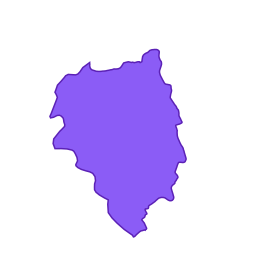 the district of Az-Zabdani, Rif Dimashq, Syria, rotated 132°
{"feature_id": "27442178B59833257068654", "entity_name": "Az-Zabdani", "entity_type": "district", "adm_level": 2, "iso_a3": "SYR", "parent_name": "Syria", "parent_adm1": "Rif Dimashq", "projection": "robinson", "projection_center": [36.084, 33.702], "detail": "fine", "context": "isolated", "style": "filled", "palette": "violet", "viewbox_px": 256, "rotation_deg": 132, "n_neighbors": 0, "source": "geoboundaries", "source_scale": "gbopen_adm2", "svg_char_len": 5450}
<svg xmlns="http://www.w3.org/2000/svg" viewBox="0 0 256 256"><g transform="rotate(132 128 128)"><path d="M192.2,168.4L188.7,164.6L188.2,164.1L184.3,159.2L181.9,154.9L181.5,152.8L182.3,150.2L184.0,146.2L186.2,143.5L190.1,142.3L190.9,141.4L191.0,138.9L190.0,135.0L188.0,130.6L186.2,127.1L185.3,123.9L186.2,120.0L189.0,116.8L191.9,115.4L194.4,113.3L196.3,111.5L196.6,110.5L197.2,108.5L197.1,108.2L196.9,104.5L195.7,98.6L194.6,94.6L198.2,92.0L204.1,86.0L205.5,79.8L206.0,72.7L205.9,63.0L204.7,53.0L205.3,51.1L204.9,50.8L204.7,50.7L203.6,50.4L203.2,50.4L202.9,50.4L202.5,50.4L201.7,50.4L199.8,50.2L198.0,50.0L197.4,49.9L196.8,49.8L196.1,49.6L195.8,49.5L194.7,48.7L193.4,47.9L192.7,47.5L192.7,47.4L192.5,46.8L192.1,46.9L191.6,46.9L191.0,46.7L190.8,46.8L190.4,46.8L190.0,47.1L189.5,48.4L189.3,48.7L189.0,49.4L188.6,50.4L188.0,51.7L187.7,52.4L187.6,53.2L187.3,54.7L187.2,55.3L187.2,55.8L186.8,56.4L186.4,56.5L185.7,56.5L184.6,56.3L183.5,56.0L183.1,56.0L182.7,56.1L182.2,56.4L181.8,56.6L181.3,56.8L181.2,56.9L180.4,56.9L180.0,56.7L179.4,56.5L179.2,56.5L178.9,56.8L178.5,57.7L178.5,57.8L178.2,58.8L177.7,59.9L177.5,60.3L177.0,60.8L176.8,60.9L176.5,60.9L176.3,60.7L176.1,60.5L175.7,60.1L174.8,59.5L174.3,59.2L173.6,59.4L173.4,59.5L172.8,60.0L172.4,60.4L171.7,60.4L171.2,60.4L169.7,59.9L167.8,59.4L167.0,59.3L166.8,59.2L165.8,59.0L165.0,58.9L164.9,58.8L162.0,58.6L161.9,58.5L160.7,58.4L160.0,58.3L159.2,58.0L158.2,57.4L157.1,56.6L155.9,55.1L155.4,54.2L155.2,53.6L155.0,52.3L154.8,50.8L154.7,50.1L154.6,49.7L154.5,49.4L154.2,48.6L154.0,48.2L153.4,47.5L152.7,47.0L152.0,46.7L151.4,46.7L150.7,46.7L149.6,47.1L148.8,47.7L148.0,48.9L146.5,51.3L146.2,51.8L145.2,53.5L144.5,54.6L143.9,55.5L142.9,56.2L142.0,56.5L141.2,56.6L140.0,56.5L139.0,56.3L138.1,56.2L137.8,56.2L137.0,56.8L136.3,57.0L135.5,57.1L134.8,57.1L134.5,57.2L134.1,57.3L133.5,57.5L132.7,57.6L132.3,57.6L131.8,57.7L131.2,57.9L130.8,58.4L130.7,58.6L130.5,59.1L130.3,59.5L130.1,60.5L129.9,62.2L129.7,62.8L129.4,63.4L128.6,63.9L126.5,64.7L126.4,64.8L124.8,65.4L123.5,66.0L122.9,66.3L122.4,66.5L120.8,67.1L120.0,67.2L119.9,67.3L119.4,67.1L119.0,66.8L118.9,66.7L118.5,66.2L118.2,65.9L117.6,65.0L117.2,64.4L116.7,63.9L116.0,63.4L115.2,63.1L114.7,63.1L114.4,63.2L113.8,63.4L113.1,63.6L112.4,63.9L111.7,64.6L111.0,65.7L108.4,70.0L107.7,70.9L107.2,72.0L106.1,73.6L105.5,75.4L105.2,76.9L104.0,80.0L103.5,81.0L103.0,82.1L102.6,83.1L102.2,83.9L101.8,84.6L101.0,85.9L100.1,86.9L98.9,88.1L98.1,88.9L97.5,89.3L97.1,89.6L96.9,89.8L96.5,90.5L95.7,91.7L95.3,92.6L95.0,93.1L94.8,93.5L94.5,94.0L94.1,94.3L93.7,94.2L93.2,94.0L92.7,93.7L92.1,93.3L91.7,93.1L90.7,92.4L89.5,91.9L88.8,91.7L88.6,91.6L87.9,91.5L87.6,91.7L87.3,92.1L87.0,93.1L86.7,93.8L86.2,94.8L85.8,95.8L85.4,97.0L85.0,97.9L84.6,98.5L84.3,98.9L83.4,99.6L82.7,100.3L81.8,101.4L81.6,101.7L81.0,102.5L80.6,105.2L80.2,105.5L79.9,106.4L79.6,107.3L79.5,108.2L79.4,108.9L79.3,109.5L78.9,110.7L78.4,112.8L78.1,113.9L77.8,115.0L77.6,115.8L77.4,116.6L77.0,117.1L76.5,117.5L75.6,118.0L75.1,118.4L74.6,118.7L72.9,119.6L72.1,120.0L71.4,120.4L71.0,120.7L70.4,121.4L70.2,121.7L70.0,122.1L69.6,122.6L69.2,123.0L68.4,123.8L67.9,124.5L67.8,125.0L68.1,126.0L68.5,126.6L69.0,127.5L69.9,128.9L70.2,129.3L70.3,129.8L70.3,130.6L70.1,131.6L69.7,132.6L69.0,134.7L68.3,136.5L68.0,137.3L67.6,138.4L67.1,139.5L66.8,140.0L66.6,140.4L66.2,140.9L65.6,141.8L65.3,142.1L65.2,142.1L64.6,142.7L63.7,143.2L62.3,143.8L61.6,144.1L60.7,144.5L60.0,144.8L59.4,145.1L58.4,145.6L57.9,146.0L57.6,146.3L57.1,146.8L56.5,147.6L56.3,148.3L56.2,148.8L56.0,149.5L55.8,150.1L55.3,151.0L55.1,151.5L54.5,152.4L53.8,153.2L53.7,153.3L53.4,153.6L52.9,153.9L52.1,154.6L51.8,154.7L51.5,154.9L51.3,155.1L51.1,155.2L50.5,155.7L50.1,156.3L50.0,156.8L50.0,157.5L50.1,158.2L50.3,158.7L50.7,159.5L51.3,160.1L51.6,160.5L52.2,161.1L52.5,161.3L53.0,161.8L53.3,162.1L53.9,162.6L54.2,162.8L55.1,163.3L55.6,163.6L56.3,163.7L56.7,163.7L57.8,163.8L58.0,163.8L58.5,163.9L59.1,164.1L59.5,164.3L60.3,164.7L61.1,164.9L61.6,165.1L62.3,165.2L63.1,165.3L63.7,165.3L64.3,165.1L65.0,165.0L65.3,164.8L65.8,164.5L66.4,164.1L67.4,163.5L67.9,163.1L69.0,162.4L69.4,162.1L69.8,162.2L70.3,162.4L71.2,162.7L71.3,162.8L71.1,163.4L71.2,163.9L71.6,164.4L72.0,164.7L72.4,165.1L72.8,165.5L73.8,165.9L74.0,166.1L74.4,166.5L75.3,167.1L75.6,167.8L75.9,168.4L76.3,168.9L76.8,169.1L77.1,169.4L77.2,169.6L77.4,170.0L77.7,170.5L78.2,171.5L78.7,172.2L79.5,172.7L80.0,173.1L82.4,174.7L83.0,174.7L83.5,174.6L84.2,174.5L85.2,174.3L86.3,174.1L86.8,174.1L87.0,174.1L87.4,174.0L88.2,174.0L88.7,174.1L89.6,174.5L90.0,174.6L90.8,175.1L91.1,175.4L91.7,175.9L92.2,176.4L92.8,177.0L93.3,177.7L93.6,178.0L94.6,178.5L95.4,179.0L96.6,180.0L97.9,180.9L98.3,181.2L99.3,182.0L100.4,182.7L100.7,183.0L101.5,183.7L102.3,184.5L102.8,185.0L103.9,185.9L104.8,186.8L105.7,187.8L106.1,188.3L107.0,189.5L107.4,190.1L107.6,190.8L108.2,192.1L108.7,193.1L108.9,193.6L108.9,194.1L109.0,194.7L108.9,195.5L108.6,196.4L108.3,196.9L108.0,197.3L107.6,197.8L107.0,198.5L106.6,198.8L106.2,199.0L106.0,199.3L105.6,199.7L105.0,200.3L113.3,202.0L118.4,201.3L121.6,201.4L123.6,202.5L126.3,205.9L128.2,208.3L130.9,209.3L133.3,209.1L138.3,209.0L143.3,209.1L148.0,207.1L150.3,206.2L151.2,203.6L152.5,201.0L153.5,200.6L154.9,200.0L157.0,199.2L168.5,194.8L171.6,193.8L172.3,192.3L169.8,190.5L166.2,189.1L164.4,187.5L163.8,185.5L164.1,182.6L165.2,181.1L166.4,179.7L167.8,177.3L169.2,176.2L173.6,176.3L176.0,176.5L185.8,175.9L189.7,173.2L192.2,168.4Z" fill="#8b5cf6" stroke="#5b21b6" stroke-width="1.5"/></g></svg>